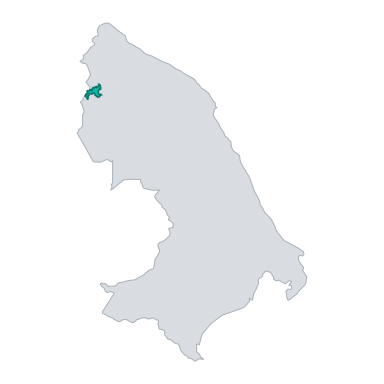 location of San Antonio de Putina, Puno, Peru, rotated 180°
{"feature_id": "86281439B17280612130391", "entity_name": "San Antonio de Putina", "entity_type": "district", "adm_level": 2, "iso_a3": "PER", "parent_name": "Peru", "parent_adm1": "Puno", "projection": "mercator", "projection_center": [-69.619, -14.709], "detail": "fine", "context": "in_parent", "style": "filled", "palette": "teal", "viewbox_px": 384, "rotation_deg": 180, "n_neighbors": 0, "source": "geoboundaries", "source_scale": "gbopen_adm2", "svg_char_len": 7221}
<svg xmlns="http://www.w3.org/2000/svg" viewBox="0 0 384 384"><g transform="rotate(180 192 192)"><path d="M283.5,99.2L283.4,100.4L281.9,101.0L280.6,100.1L278.6,100.4L275.6,97.6L268.4,98.1L265.2,101.3L260.5,102.0L255.3,103.5L249.4,104.1L240.2,109.2L238.1,111.3L233.9,114.3L230.5,115.3L228.8,124.7L225.5,130.1L224.2,133.1L226.0,137.6L226.0,139.8L224.1,141.6L222.6,141.8L219.4,143.7L214.7,147.9L213.9,151.1L215.4,155.3L214.9,155.7L211.0,156.5L211.1,158.9L210.3,159.8L213.6,163.1L215.4,163.9L215.5,164.8L215.2,165.6L214.5,166.0L214.4,166.7L216.8,169.2L218.5,174.2L221.9,176.7L222.0,178.3L223.0,179.9L224.8,181.1L229.0,186.1L229.0,188.4L224.7,193.8L231.9,193.8L239.7,195.6L240.9,196.5L241.8,198.9L241.9,200.5L243.5,201.8L243.3,204.7L253.7,204.7L260.5,204.0L271.4,195.0L273.1,194.3L272.2,196.2L272.0,197.7L272.6,199.2L271.4,201.4L271.3,223.3L273.2,222.1L275.8,224.2L277.6,224.3L283.6,221.8L290.6,222.2L306.8,250.9L305.4,252.9L305.4,254.4L303.5,255.6L301.4,258.0L301.4,269.4L299.7,272.9L300.6,274.7L301.5,278.4L303.0,280.6L303.4,282.0L303.2,282.6L301.0,283.8L300.8,285.9L296.8,290.0L296.0,292.8L294.5,293.7L294.3,296.9L297.9,302.0L295.6,305.1L293.4,309.6L297.1,319.2L298.6,320.6L300.2,320.5L302.6,321.4L303.9,322.8L300.9,324.6L300.5,325.4L300.7,328.6L297.4,330.9L293.1,337.0L291.9,337.3L289.7,339.1L289.3,340.1L289.7,340.9L291.6,342.7L291.8,345.0L288.6,347.7L286.4,348.0L285.6,348.7L286.5,352.5L286.5,354.2L285.8,356.1L284.2,358.3L279.6,360.6L275.3,361.0L268.1,355.4L265.8,353.1L258.7,348.3L257.5,343.4L255.1,340.9L250.7,339.1L247.2,336.6L244.6,335.4L238.1,329.8L232.2,328.0L221.2,322.2L215.3,320.2L207.7,314.8L203.6,313.3L200.3,310.7L190.3,305.3L188.7,303.6L187.2,300.9L185.0,299.3L182.5,295.7L178.8,293.6L175.3,290.7L170.9,283.1L168.8,281.3L168.7,277.9L167.2,276.3L169.4,275.2L170.7,269.8L170.0,267.1L164.9,259.9L164.0,256.9L160.3,251.4L159.0,248.1L156.0,245.7L154.8,243.6L153.1,242.7L153.1,240.2L151.9,235.4L150.3,232.9L144.4,228.4L143.9,223.5L142.6,220.1L134.4,206.3L129.7,193.1L125.7,185.7L124.1,181.5L123.9,179.2L121.0,175.3L119.4,171.7L112.8,164.9L108.9,157.3L108.4,155.0L105.8,150.8L101.6,145.4L99.5,143.2L86.8,136.5L80.8,132.4L80.1,130.3L80.4,129.1L81.7,127.9L83.5,128.8L84.6,128.4L85.5,126.9L85.5,124.7L84.4,121.8L80.3,116.2L81.4,113.6L77.2,107.1L78.2,100.8L79.1,99.2L85.3,92.8L87.0,90.0L89.6,88.3L92.3,85.8L95.6,83.8L96.5,84.5L97.5,87.9L97.3,90.2L98.2,92.7L96.0,95.0L93.6,94.5L92.6,95.1L92.2,96.2L92.6,97.9L93.3,98.6L95.1,98.7L92.6,102.1L92.8,102.7L94.5,103.3L96.2,102.5L97.9,100.6L99.0,100.3L105.2,103.6L108.0,103.2L110.3,104.7L110.5,107.1L113.6,111.8L118.2,112.9L119.0,112.5L120.1,110.8L121.1,110.5L121.3,107.9L125.3,105.1L125.9,103.2L125.3,101.9L125.4,100.8L127.8,94.7L128.5,94.0L129.2,92.1L130.2,90.9L131.5,84.0L132.6,84.0L133.7,85.6L134.9,85.2L134.2,83.6L134.4,83.1L138.9,77.6L140.3,76.4L161.7,68.8L172.4,61.0L181.8,50.1L184.8,39.1L185.9,39.8L187.7,39.6L187.1,35.1L187.5,33.0L187.4,32.4L184.5,29.7L183.3,26.8L180.7,25.1L180.8,24.5L183.6,25.1L186.0,24.9L188.1,23.0L189.7,23.2L193.2,25.7L195.8,25.9L196.6,27.7L199.2,29.0L202.8,32.8L204.4,36.9L204.3,37.7L205.9,39.9L209.4,40.9L212.8,44.0L216.4,44.9L218.0,47.7L219.0,48.6L219.5,50.2L219.0,52.0L219.5,53.0L222.1,54.7L224.4,54.7L224.9,55.5L226.2,60.0L225.4,62.4L225.7,63.6L228.7,64.7L229.6,65.7L231.9,65.9L235.3,65.0L239.4,66.4L242.7,65.8L244.1,65.5L245.7,64.5L246.9,64.5L250.2,61.6L251.1,61.3L254.6,62.6L257.6,64.6L261.2,64.3L262.7,63.0L265.3,62.3L270.1,64.8L271.2,65.9L272.5,66.2L277.6,68.6L278.5,69.6L281.2,70.5L281.7,71.3L281.6,72.2L269.6,90.9L273.3,92.5L276.8,91.5L278.6,92.8L279.9,95.8L282.6,97.9L283.5,99.2Z" fill="#d9dde1" stroke="#a8b0b8" stroke-width="1"/><path d="M285.2,299.6L285.1,299.3L285.2,299.2L285.2,298.9L285.3,298.8L285.3,298.6L285.6,298.4L285.6,298.2L285.8,297.9L285.6,297.9L285.7,297.7L285.8,297.6L285.9,297.4L286.0,297.2L286.1,297.3L286.3,297.3L286.4,297.2L286.5,297.2L286.5,296.9L286.9,296.7L287.0,296.8L287.3,297.0L287.5,297.4L287.5,297.5L287.8,297.5L287.9,297.3L287.8,297.1L288.0,297.0L288.1,296.9L288.1,296.7L288.3,296.8L288.3,296.7L288.5,296.7L288.8,296.7L289.1,296.5L289.3,296.6L289.5,296.7L289.8,296.6L289.7,296.4L289.8,296.3L289.9,296.2L290.1,296.0L290.5,296.0L290.9,296.2L291.0,296.2L291.2,296.3L291.3,296.0L291.7,295.3L291.6,295.2L291.4,294.9L291.4,294.6L291.6,294.4L291.8,294.2L291.9,293.9L292.0,293.9L291.8,293.5L291.8,293.3L291.9,293.2L292.1,293.1L292.4,293.3L292.5,293.3L292.7,293.5L292.9,293.6L292.9,293.9L293.1,294.3L293.1,294.5L293.3,294.6L293.5,294.7L293.5,294.8L293.6,294.6L293.7,294.3L293.9,294.2L294.0,294.1L294.6,293.9L294.8,293.7L295.0,293.5L295.3,293.3L295.6,293.2L295.8,293.2L296.0,293.2L296.1,293.3L296.2,293.2L296.3,293.1L296.7,293.1L296.9,292.8L297.0,292.7L296.8,292.5L296.8,292.4L296.6,292.2L296.4,292.0L296.5,291.8L296.4,291.7L296.5,291.4L296.6,291.2L296.8,291.2L296.9,290.7L297.0,290.6L296.9,290.4L296.9,290.1L297.0,290.0L297.0,289.9L297.0,289.7L297.4,289.8L297.6,289.8L297.8,289.9L298.1,289.9L298.3,289.7L298.3,289.3L298.4,289.0L298.5,288.8L298.3,288.6L298.5,288.5L298.9,288.4L299.0,288.1L298.9,287.9L298.7,287.7L298.5,287.4L298.4,287.3L297.9,287.2L297.7,287.1L297.3,287.0L297.1,287.1L297.0,286.9L297.0,286.6L297.1,286.2L296.8,286.0L296.9,285.6L296.8,285.4L296.8,285.1L296.7,285.0L296.6,284.8L296.3,284.6L296.2,284.6L296.2,284.8L296.2,285.1L296.1,285.3L295.6,286.3L295.7,286.6L295.8,286.7L295.8,286.8L295.8,287.0L295.8,287.3L295.7,287.6L295.7,287.9L295.7,288.0L295.4,288.3L295.5,288.3L295.5,288.5L295.4,288.6L295.3,288.9L295.3,289.0L295.2,289.3L295.2,289.5L295.2,290.1L295.1,290.3L294.7,290.5L294.4,290.4L294.0,290.4L293.7,290.4L293.6,290.5L293.4,290.4L293.2,290.3L292.9,290.0L292.8,289.9L292.7,289.8L292.1,289.9L292.0,290.0L291.9,290.2L291.7,290.1L291.4,290.3L291.2,290.4L291.2,290.5L290.6,290.6L289.9,291.2L289.5,290.6L289.3,290.4L289.2,290.4L289.1,290.2L289.1,289.9L289.1,289.7L289.1,289.3L289.1,289.2L289.0,288.9L288.9,288.7L288.5,288.5L288.3,288.5L288.2,288.4L287.9,288.4L287.8,288.2L287.6,288.0L287.5,287.9L287.4,287.8L287.4,287.7L287.2,287.7L287.1,287.4L286.9,287.2L286.8,287.3L286.6,287.2L286.6,287.3L286.6,287.2L286.7,287.3L286.4,287.4L286.2,287.2L286.1,287.3L286.0,287.2L285.9,287.2L285.7,287.2L285.4,287.2L285.1,287.0L284.9,287.0L284.9,287.4L284.9,287.6L284.8,287.8L284.7,287.9L284.3,287.9L284.1,288.0L283.8,288.0L283.7,288.3L283.5,288.5L283.4,288.5L283.2,288.7L283.0,288.9L282.8,289.1L282.8,289.3L282.7,289.3L282.8,289.4L282.8,289.5L283.0,289.7L283.1,289.8L283.3,289.8L283.4,289.6L283.5,289.6L283.8,289.5L284.1,289.5L284.3,289.6L284.5,289.7L284.7,289.4L284.9,289.5L285.0,289.7L284.9,289.8L285.1,290.1L285.3,290.0L285.3,289.8L285.5,290.2L285.5,290.3L285.5,290.5L285.5,291.0L285.6,291.3L285.6,291.5L285.6,291.8L285.5,292.0L285.7,292.3L285.8,292.4L285.8,292.5L285.9,292.8L285.7,293.0L285.6,293.3L285.5,293.5L284.7,294.3L284.7,294.5L284.8,294.8L284.5,295.1L284.3,295.0L284.0,294.6L283.8,294.8L283.5,294.8L283.4,294.9L283.5,295.0L283.4,295.0L283.2,295.1L283.3,295.3L283.3,295.5L283.3,295.8L283.5,296.2L283.4,296.4L283.3,296.5L283.6,296.8L283.6,297.0L283.6,297.3L283.6,297.5L283.6,297.9L283.5,298.1L283.8,298.4L283.8,298.6L284.1,298.7L284.3,298.7L284.3,298.9L284.4,299.0L284.3,299.3L284.5,299.4L284.6,299.6L284.8,299.7L285.0,299.5L285.2,299.6Z" fill="#14b8a6" stroke="#0f766e" stroke-width="1.5"/></g></svg>